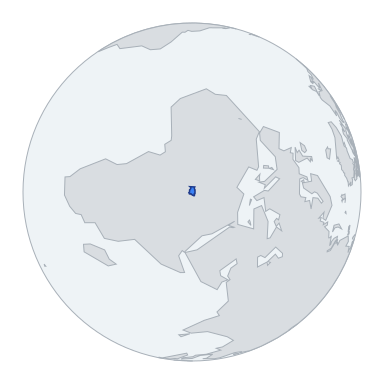 Wadi Fira on an orthographic globe, rotated 93°
{"feature_id": "TCD-1473", "entity_name": "Wadi Fira", "entity_type": "Prefecture", "adm_level": 1, "iso_a3": "TCD", "parent_name": "Chad", "parent_adm1": "", "projection": "orthographic", "projection_center": [21.824, 14.959], "detail": "fine", "context": "on_globe", "style": "filled", "palette": "blue", "viewbox_px": 384, "rotation_deg": 93, "n_neighbors": 0, "source": "natural_earth", "source_scale": "10m", "svg_char_len": 9376}
<svg xmlns="http://www.w3.org/2000/svg" viewBox="0 0 384 384"><g transform="rotate(93 192 192)"><circle cx="192" cy="192" r="169" fill="#eef3f6" stroke="#a8b0b8"/><path d="M143.2,30.2L144.9,29.8L138.3,31.9L138.3,32.2L134.4,33.5L137.8,32.7L141.3,31.5L144.0,30.8L144.4,31.0L139.4,32.6L138.5,32.7L137.3,33.3L134.7,34.1L136.2,33.8L130.2,36.0L136.5,34.3L132.1,36.4L128.0,37.7L127.9,37.0L118.2,40.1L114.3,42.0L128.5,35.4L143.2,30.2ZM111.8,43.3L108.2,45.3L98.4,52.0L94.0,54.9L88.4,59.2L91.0,57.6L96.3,53.7L99.8,52.3L105.9,48.3L108.2,47.4L114.7,44.0L114.2,45.3L110.3,48.6L104.9,51.7L103.0,53.5L108.5,51.5L98.9,58.8L93.3,66.8L90.8,68.9L85.0,70.5L84.0,67.4L76.5,71.4L81.8,69.9L75.4,76.1L74.5,77.8L75.2,78.3L77.8,76.6L75.7,79.2L69.7,81.1L71.5,78.8L73.4,78.0L72.8,76.9L68.7,79.1L65.8,82.5L62.7,83.9L60.5,86.5L58.7,88.6L62.3,84.1L55.7,92.4L53.6,95.1L61.5,84.6L70.2,74.9L79.7,65.8L89.8,57.4L100.6,49.9L111.8,43.3ZM26.0,160.6L26.9,156.3L25.9,162.1L27.0,166.3L26.4,168.1L27.1,183.3L30.7,192.6L31.6,200.7L30.8,204.5L32.8,207.3L32.9,210.1L43.3,220.8L50.8,231.2L52.1,241.0L48.7,249.8L52.6,271.5L48.5,274.6L52.1,283.0L56.9,293.1L54.2,289.8L47.4,279.4L41.4,268.6L36.2,257.4L31.9,245.9L28.4,234.0L25.7,222.0L24.0,209.8L23.1,197.4L23.2,185.1L24.1,172.8L26.0,160.6ZM114.5,43.5L113.3,44.2L114.5,43.5ZM117.2,42.0L115.7,42.4L116.8,41.8L117.7,41.5L117.2,42.0ZM118.8,41.6L118.9,40.6L120.8,39.5L125.9,37.7L118.8,41.6ZM142.3,31.1L138.5,32.3L141.4,31.2L142.3,31.1ZM153.2,27.5L151.3,28.0L158.5,26.4L158.9,26.5L155.1,27.4L151.3,28.2L154.3,27.7L143.5,30.5L147.7,29.0L153.2,27.5ZM145.3,30.5L145.8,30.1L150.8,28.8L150.8,29.3L149.1,29.6L145.3,30.5ZM164.3,25.3L165.3,25.2L166.9,25.0L159.4,26.4L160.0,26.1L164.3,25.3ZM148.2,30.0L150.6,29.7L148.5,30.6L145.2,30.8L148.2,30.0ZM152.1,28.3L154.5,27.7L153.2,28.2L152.1,28.3ZM142.6,34.2L143.1,33.5L145.7,32.6L142.6,34.2ZM151.6,29.6L152.3,29.3L153.4,28.9L154.6,29.0L151.6,29.6ZM160.9,26.3L160.7,26.5L164.0,25.7L165.2,25.8L160.0,26.8L162.7,26.4L163.0,26.5L158.4,27.3L160.9,26.3ZM159.0,28.2L152.8,30.0L151.4,31.4L149.0,32.1L151.7,29.8L159.0,28.2ZM159.1,27.6L158.5,28.1L155.8,28.5L154.5,28.4L159.1,27.6ZM167.8,25.6L167.4,25.2L168.6,25.0L167.8,25.6ZM159.1,28.5L160.6,28.1L159.4,28.5L159.1,28.5ZM165.8,26.3L165.5,26.1L166.8,25.9L165.8,26.3ZM163.9,27.6L161.9,28.1L160.9,28.0L163.9,27.6ZM165.2,26.9L167.1,26.7L161.8,27.6L164.8,26.8L165.2,26.9ZM167.0,26.2L167.7,26.0L167.0,26.3L167.0,26.2ZM168.6,27.9L162.2,29.1L160.1,28.8L166.6,27.6L168.6,27.9ZM319.3,80.9L321.8,84.1L317.8,79.4L322.2,85.2L325.1,88.5L323.9,86.4L329.4,94.0L333.0,98.9L342.4,115.0L347.4,125.9L349.3,133.2L350.4,136.2L348.7,133.9L350.2,141.1L356.2,155.9L357.3,160.9L357.9,172.6L357.3,168.9L352.9,162.8L354.8,175.2L358.2,183.0L359.4,194.1L358.0,192.0L356.4,182.4L354.8,179.9L353.3,169.3L348.4,155.0L346.8,159.6L345.1,153.4L338.0,142.9L334.7,149.2L330.6,169.2L333.0,185.4L330.3,193.7L319.5,173.0L314.0,158.2L310.5,160.8L299.0,150.0L280.5,153.1L277.5,149.4L274.1,152.0L266.0,149.2L261.2,143.2L256.5,144.4L269.1,160.1L274.1,159.0L277.8,151.6L280.4,157.5L288.2,161.8L281.0,178.4L252.8,195.8L249.5,183.9L225.1,152.7L225.5,149.0L225.3,148.6L225.0,147.9L223.4,154.0L219.0,147.9L232.7,169.9L235.2,179.7L252.5,196.6L251.0,198.7L256.4,202.0L272.8,195.2L273.1,199.3L265.6,219.1L242.3,246.8L245.1,263.1L242.9,277.1L227.7,287.2L228.3,297.4L220.4,301.5L219.5,307.1L212.7,313.4L201.7,319.2L183.6,319.6L183.0,314.7L174.7,304.9L163.4,280.0L168.5,268.3L167.1,258.9L153.9,237.6L156.8,225.8L153.2,220.7L145.8,221.7L141.5,215.5L137.0,215.2L108.3,217.3L99.3,208.6L88.2,183.1L93.2,173.9L93.8,162.7L128.2,127.9L135.8,130.6L163.4,126.8L166.9,128.3L164.0,136.7L185.0,147.4L191.3,140.1L209.9,145.4L222.0,144.6L225.6,128.5L205.7,129.3L201.9,121.8L217.4,114.5L234.7,114.5L233.7,111.6L222.5,105.8L226.1,100.4L218.5,103.4L221.9,106.1L217.2,108.4L213.9,106.1L215.3,104.1L210.0,103.0L204.7,113.5L207.5,117.4L193.8,119.8L197.2,126.8L193.6,130.2L186.6,119.8L187.0,115.9L174.2,105.2L172.5,109.3L184.5,120.0L180.9,119.2L178.7,125.7L177.6,120.1L165.0,108.2L152.4,110.7L136.9,126.5L129.5,127.6L122.9,124.1L128.0,107.9L144.1,107.4L146.1,102.4L142.4,95.2L147.6,95.9L148.0,93.1L154.1,92.9L162.1,86.5L168.2,85.9L170.9,78.0L174.4,76.8L171.8,81.7L173.3,85.1L188.3,84.6L191.1,82.9L191.6,78.0L195.7,78.8L194.3,74.1L202.7,72.2L191.3,70.9L191.6,66.0L196.4,62.2L194.5,60.6L186.6,66.8L185.4,69.6L187.5,72.2L182.2,80.7L177.2,82.2L174.9,73.1L167.5,74.5L169.0,67.5L189.3,53.8L198.0,51.5L213.3,57.0L211.6,59.9L205.2,59.1L211.5,64.0L210.8,61.6L214.2,62.5L215.4,58.7L217.8,59.2L214.8,54.9L217.9,55.1L219.8,57.8L224.2,53.1L230.6,53.1L230.4,51.8L228.4,50.5L237.9,51.7L237.3,50.8L234.0,50.0L230.8,47.7L228.7,44.4L232.1,44.9L233.3,46.2L240.9,50.1L243.6,53.9L244.7,53.9L243.2,50.8L233.9,45.9L231.7,43.8L236.5,45.7L234.6,44.8L234.5,44.0L237.7,43.9L232.6,41.8L227.7,33.7L233.3,33.3L238.0,35.5L238.1,32.2L244.4,33.1L241.4,32.2L239.3,30.7L237.3,30.3L235.7,29.9L229.6,27.3L230.2,27.4L242.9,30.9L255.3,35.4L267.4,40.8L278.9,47.1L290.0,54.4L300.4,62.4L310.2,71.3L319.3,80.9ZM116.9,146.2L116.1,149.5L116.9,146.2ZM253.6,123.1L263.5,122.7L258.0,113.4L261.3,112.7L258.2,110.0L257.5,112.8L249.7,105.5L253.6,102.3L251.9,98.4L248.5,98.4L242.6,105.5L253.7,115.7L251.8,120.0L253.6,123.1ZM27.1,166.4L27.0,168.8L26.6,168.1L27.1,166.4ZM31.8,140.9L31.7,142.8L31.3,142.4L31.8,140.9ZM32.4,136.4L32.4,136.8L33.8,132.8L31.9,139.8L31.2,140.3L32.0,137.9L32.4,136.4ZM75.8,75.9L76.2,75.9L76.2,76.9L75.1,77.4L75.8,75.9ZM83.6,76.9L80.0,81.1L81.7,78.2L79.4,79.4L80.0,75.3L89.5,69.8L85.1,72.9L83.6,76.9ZM83.6,69.0L82.1,71.8L83.3,69.0L83.6,69.0ZM144.6,79.8L146.8,81.5L144.7,84.5L137.0,86.6L139.9,82.1L144.6,79.8ZM150.4,83.3L150.3,74.4L155.1,73.2L152.4,75.3L155.6,75.4L152.1,78.8L156.8,86.9L155.2,90.2L141.8,91.4L147.1,89.0L144.6,87.3L150.4,83.3ZM141.7,58.4L141.7,55.8L152.0,56.4L150.8,58.9L143.1,60.7L139.9,59.0L141.7,58.4ZM127.7,39.2L127.0,39.0L128.4,38.5L130.1,38.2L127.7,39.2ZM142.6,33.9L132.0,39.7L130.7,39.7L126.0,43.8L120.8,45.4L124.0,42.6L116.5,47.2L117.3,45.4L112.5,48.7L120.2,42.3L120.6,41.2L122.2,41.7L127.0,40.1L129.1,39.1L135.7,35.7L138.9,33.1L144.2,31.6L147.1,31.2L147.1,31.6L143.7,32.3L146.2,32.3L141.2,33.8L142.6,33.9ZM177.5,34.1L173.5,33.8L177.7,36.1L172.8,36.7L173.6,36.9L170.1,38.3L167.4,40.4L165.1,40.5L165.0,41.4L162.8,42.5L161.9,43.7L157.4,44.4L156.0,46.2L154.7,45.6L153.4,48.4L152.4,46.7L149.4,48.2L152.0,49.1L130.2,52.1L121.9,55.5L115.5,59.6L114.6,56.7L120.1,51.3L128.5,45.7L136.6,43.1L134.8,42.5L138.1,41.2L138.2,42.3L140.0,40.0L142.8,39.3L150.3,35.8L151.3,33.5L154.1,32.4L155.1,32.9L157.1,31.5L160.9,31.9L163.0,31.2L168.8,31.2L169.6,33.0L171.8,32.2L176.3,32.4L177.5,34.1ZM170.1,28.0L172.2,29.5L170.5,30.7L161.1,30.4L158.7,30.9L152.6,31.3L155.2,29.6L156.7,29.6L158.7,29.3L157.1,29.9L160.0,29.1L162.1,29.2L164.9,28.7L164.8,29.3L170.1,28.0ZM170.6,125.1L173.3,125.4L177.4,125.0L176.1,129.4L170.6,125.1ZM161.9,117.0L164.2,116.5L164.4,121.9L161.7,121.8L161.9,117.0ZM165.4,111.8L164.4,116.0L163.3,113.6L165.4,111.8ZM174.0,81.1L176.5,80.5L176.8,81.6L175.5,83.4L174.0,81.1ZM188.8,43.0L186.8,42.1L187.5,41.7L186.0,39.1L189.5,38.7L191.8,40.1L188.8,43.0ZM222.3,131.4L218.9,134.6L217.0,133.2L218.6,132.4L222.3,131.4ZM196.5,132.1L202.5,134.0L196.1,133.3L196.5,132.1ZM192.4,42.1L191.4,41.1L193.8,41.6L192.4,42.1ZM192.0,38.4L194.8,38.7L189.8,38.4L192.0,38.4ZM273.8,334.1L273.8,335.2L271.7,335.9L273.8,334.1ZM270.2,271.8L257.4,296.6L249.9,297.6L249.2,290.9L254.4,276.2L263.4,271.1L268.0,263.9L270.2,271.8ZM359.2,216.0L359.1,216.7L358.7,216.3L359.2,213.1L359.8,211.5L359.2,216.0ZM359.2,213.2L358.0,207.9L353.2,188.8L355.0,187.8L359.3,197.8L359.1,200.4L359.9,205.1L359.2,213.2ZM360.7,201.6L360.7,193.0L360.7,187.9L360.9,187.2L360.7,182.4L360.7,201.6ZM333.7,186.7L337.1,195.4L335.3,197.7L333.7,186.7ZM352.0,140.8L352.0,142.5L351.2,140.2L350.7,136.7L352.0,140.8ZM221.1,40.6L219.3,44.3L220.3,47.4L224.6,49.6L217.8,48.4L216.2,43.6L221.1,40.6ZM226.5,34.3L222.8,32.9L224.9,32.9L226.0,33.2L226.5,34.3ZM224.0,34.0L218.5,33.7L216.7,32.5L221.4,32.9L224.0,34.0ZM205.5,37.0L204.7,38.1L202.8,37.5L205.5,37.0ZM234.7,29.7L232.6,29.1L233.5,29.1L234.7,29.7ZM227.3,27.5L227.7,27.9L225.8,27.2L227.3,27.5ZM229.0,29.1L227.2,28.0L230.9,29.4L229.0,29.1Z" fill="#d9dde1" stroke="#a8b0b8" stroke-width="1"/><path d="M195.7,189.8L195.4,190.1L195.1,190.2L195.1,190.3L195.1,190.5L195.3,190.8L195.2,191.2L195.2,191.3L195.1,191.5L194.9,191.6L194.6,191.9L194.6,192.0L194.4,192.3L194.4,192.6L194.4,192.8L193.8,193.0L193.7,193.0L193.6,193.3L193.8,193.8L193.7,193.9L193.7,194.0L193.8,194.1L194.0,194.1L194.1,194.3L194.0,194.5L193.9,194.5L193.7,194.6L193.2,194.9L193.1,195.0L192.9,195.1L192.8,194.9L192.7,194.9L191.7,194.5L190.9,194.4L190.7,194.4L190.5,194.5L190.4,194.5L190.2,194.6L189.8,194.4L189.6,194.2L189.4,194.0L189.3,193.9L189.2,193.8L189.1,193.7L188.9,193.6L188.4,193.4L188.2,193.4L188.2,193.5L187.9,193.5L187.7,193.5L187.4,193.7L187.2,193.8L186.8,194.3L186.8,189.5L187.1,189.6L187.3,189.7L187.6,189.9L187.8,189.9L188.2,189.8L188.3,189.8L188.5,189.8L188.7,189.7L189.2,189.5L189.4,189.4L189.5,189.2L189.8,189.1L190.0,189.0L190.5,189.3L190.7,189.2L190.8,189.2L191.5,189.0L191.7,188.9L191.8,188.9L192.1,189.0L192.3,189.1L192.5,189.0L192.8,189.0L193.0,188.9L193.1,189.0L193.3,189.1L193.5,189.1L193.8,189.2L193.9,189.3L194.0,189.3L194.0,189.5L194.2,189.4L194.3,189.4L194.5,189.4L194.8,189.5L195.0,189.5L195.2,189.4L195.3,189.4L195.3,189.5L195.5,189.5L195.7,189.8L195.7,189.8Z" fill="#3b82f6" stroke="#1e3a8a" stroke-width="1.5"/></g></svg>